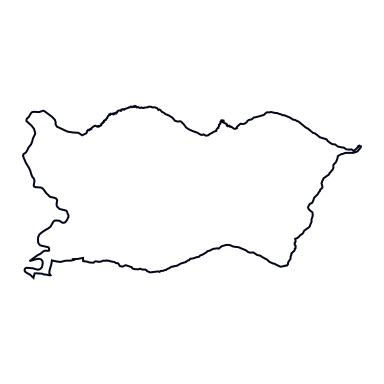 Belin, Covasna, Romania (Robinson projection)
{"feature_id": "2599482B25524840446073", "entity_name": "Belin", "entity_type": "district", "adm_level": 2, "iso_a3": "ROU", "parent_name": "Romania", "parent_adm1": "Covasna", "projection": "robinson", "projection_center": [25.628, 45.924], "detail": "fine", "context": "isolated", "style": "outline", "palette": "ink", "viewbox_px": 384, "rotation_deg": 0, "n_neighbors": 0, "source": "geoboundaries", "source_scale": "gbopen_adm2", "svg_char_len": 5968}
<svg xmlns="http://www.w3.org/2000/svg" viewBox="0 0 384 384"><path d="M288.0,264.2L288.0,263.1L288.6,261.6L290.5,258.9L290.6,256.8L291.4,254.4L291.3,253.7L291.7,253.0L292.3,252.8L292.7,252.1L294.1,251.0L294.9,249.7L294.8,248.6L295.6,248.0L295.6,245.6L294.8,244.9L294.6,243.1L294.7,242.7L295.1,242.6L295.6,241.4L295.2,238.8L297.2,238.1L298.5,237.1L300.5,235.0L302.1,234.1L303.1,232.9L304.2,230.7L309.2,227.1L309.9,226.0L310.3,224.6L311.5,222.0L311.5,219.5L312.6,216.3L312.7,215.3L312.6,212.9L312.2,212.1L310.5,210.9L308.8,209.2L308.1,207.8L308.1,207.0L309.6,204.1L312.2,202.8L313.6,199.7L314.1,197.8L317.6,194.4L318.7,192.4L319.9,191.0L320.2,189.7L321.2,188.9L322.4,187.5L322.2,185.6L321.5,183.2L322.0,182.1L322.2,181.0L323.0,179.9L323.4,178.4L328.7,174.7L329.2,174.1L329.4,173.2L330.2,172.5L332.7,169.5L333.4,167.7L333.3,165.9L333.5,164.8L336.1,161.9L337.6,157.9L337.7,156.5L338.2,155.9L341.4,154.1L342.7,153.9L345.4,152.9L352.3,152.9L354.7,152.5L356.8,151.7L357.7,151.1L359.7,148.7L361.0,146.8L360.9,146.3L360.2,146.3L359.5,145.6L358.6,145.9L358.0,146.4L358.1,146.9L357.8,147.3L354.5,150.4L353.5,150.8L351.6,149.4L349.3,149.6L347.0,149.4L346.0,149.2L343.7,147.5L341.6,147.4L337.8,146.5L335.0,144.4L332.4,144.2L330.3,143.0L327.7,141.0L326.9,139.7L326.4,139.3L319.7,137.2L316.7,134.6L314.7,133.3L313.0,132.9L307.9,128.5L306.8,128.2L305.1,127.0L298.6,121.6L297.1,121.1L295.0,119.9L293.2,119.7L289.8,117.5L284.4,115.3L282.3,115.1L280.9,114.3L278.5,113.7L277.1,113.0L275.6,113.1L271.0,112.0L269.3,112.4L267.0,112.3L265.5,113.3L264.3,114.6L262.7,115.3L255.1,117.4L254.0,117.4L251.6,119.4L248.7,120.0L247.3,121.1L247.2,121.6L246.2,122.6L244.7,123.6L243.4,124.0L240.4,123.8L237.5,126.3L236.7,127.4L236.9,128.1L235.4,128.8L234.2,128.8L231.1,126.7L230.2,126.9L229.8,126.0L229.5,125.7L228.5,125.9L227.8,126.3L227.4,126.2L226.7,125.1L227.1,124.6L227.0,124.4L225.3,123.3L224.4,123.1L223.6,122.5L222.6,122.2L222.6,121.6L223.7,121.1L223.5,120.5L221.4,120.3L220.4,121.9L220.5,123.0L220.3,123.8L219.0,124.7L219.1,125.9L218.3,127.2L218.4,127.8L217.6,128.2L216.7,129.2L216.4,129.8L216.3,130.9L213.6,131.8L211.9,133.0L209.8,134.0L208.2,135.3L206.1,135.7L203.4,134.4L202.3,134.9L201.1,134.8L199.5,134.1L197.9,132.9L192.5,131.0L188.8,129.3L186.3,127.7L183.7,124.2L180.9,121.5L180.3,121.3L177.4,121.5L175.0,120.8L172.3,117.6L168.9,115.5L165.3,114.0L163.9,112.8L161.7,111.7L160.7,110.4L159.5,109.5L158.4,110.0L157.3,108.3L154.8,107.3L152.3,107.4L151.2,106.8L148.6,106.7L147.9,107.2L144.3,107.7L143.8,108.0L143.3,107.8L142.1,107.9L141.3,107.5L140.3,107.9L139.0,107.7L138.0,107.0L136.6,107.4L136.3,107.2L136.0,106.4L135.4,106.1L134.8,106.8L134.1,107.1L133.8,107.0L133.7,106.3L132.0,107.2L131.0,106.5L129.6,107.5L128.6,107.4L128.3,107.8L124.9,109.0L124.4,109.5L124.1,109.2L123.6,109.5L123.0,109.1L122.6,109.2L122.2,109.7L121.3,109.7L121.2,110.6L120.9,110.9L119.7,110.4L118.0,110.8L117.3,111.5L117.2,112.5L115.9,112.6L115.4,113.0L115.5,113.5L114.3,113.2L114.2,114.1L113.7,114.4L113.2,114.4L112.4,113.7L111.4,114.0L110.4,113.7L110.1,114.1L110.4,114.6L110.1,114.9L109.1,114.7L109.0,115.3L107.9,116.2L107.2,118.1L106.8,118.2L106.5,118.9L105.7,119.4L105.8,119.9L104.0,120.7L104.1,121.8L103.1,122.1L102.8,123.1L102.1,123.2L101.7,124.1L100.9,124.4L101.2,125.3L99.7,126.1L99.3,126.0L99.0,126.4L98.5,126.0L98.1,126.0L97.9,126.6L97.5,126.4L97.0,126.6L95.5,125.7L94.9,125.8L92.7,127.0L91.6,128.1L91.3,129.0L90.4,128.9L90.3,129.6L89.7,129.6L89.1,130.2L88.5,129.8L88.2,129.8L87.9,130.4L87.1,131.0L86.8,132.4L86.4,133.2L82.2,135.3L78.4,132.8L73.0,132.5L67.5,131.6L57.6,127.0L57.0,126.7L55.5,124.1L55.7,122.3L54.8,119.7L51.9,116.7L44.1,110.9L43.2,110.7L39.1,112.1L33.7,111.8L32.0,112.2L30.9,113.3L28.7,117.0L26.7,118.8L26.4,121.0L31.7,125.8L34.1,129.0L35.2,133.1L34.9,134.5L33.0,138.3L32.1,141.8L31.1,144.3L28.4,147.8L27.2,150.4L26.3,151.9L25.8,152.6L23.5,154.1L23.0,155.5L23.7,157.7L25.8,162.7L29.0,168.0L30.3,170.8L31.3,174.4L32.6,177.3L33.8,178.5L34.5,180.9L33.7,185.8L34.0,186.5L35.3,187.1L40.6,187.5L42.1,188.1L43.3,189.1L46.4,193.3L50.0,196.8L54.7,197.9L56.2,198.6L57.2,200.2L56.6,203.7L56.7,205.6L57.2,206.7L59.4,208.9L66.1,210.6L66.6,211.0L67.0,211.6L67.7,213.9L68.5,215.3L68.4,216.9L67.4,219.2L66.0,221.4L64.7,222.6L62.6,222.8L59.2,220.7L56.0,220.5L54.5,220.7L53.6,221.3L50.4,226.8L48.1,228.5L45.0,230.2L41.3,232.8L39.3,234.6L38.2,237.2L38.0,238.8L38.1,242.3L38.6,243.5L39.9,245.1L41.1,245.6L48.2,247.2L48.8,247.7L49.2,249.8L49.1,250.5L48.7,250.8L45.0,250.7L43.2,251.5L40.4,253.8L37.5,255.3L29.5,261.1L37.3,258.9L39.2,258.8L40.9,259.3L42.1,260.5L42.5,261.3L42.7,263.6L42.0,267.0L40.4,268.9L38.3,269.7L36.9,269.5L32.8,268.3L26.4,267.8L25.5,268.3L24.8,269.0L24.6,270.7L25.3,271.9L27.3,273.2L30.0,274.6L33.5,277.9L34.6,273.4L36.1,273.3L42.1,273.7L44.1,274.5L46.3,274.6L49.3,275.3L50.5,275.2L49.4,273.5L49.3,272.7L49.6,270.2L51.4,264.0L51.9,260.4L57.2,261.6L60.6,261.9L65.7,260.7L71.0,260.6L73.8,259.9L73.3,259.1L77.9,258.9L83.0,257.9L83.2,261.1L86.8,261.6L89.7,262.5L93.6,262.7L94.8,261.6L95.8,261.3L99.2,261.9L101.6,261.4L103.3,260.6L105.1,260.8L106.3,260.4L107.0,260.8L108.6,260.6L110.3,261.3L114.6,262.1L115.9,263.1L117.7,263.1L118.6,263.9L119.7,265.9L121.9,266.6L122.9,266.5L125.3,265.3L126.4,265.4L131.4,267.1L131.9,267.5L132.1,268.1L133.8,269.1L138.6,269.3L140.0,268.7L142.7,269.6L145.0,269.5L146.7,270.4L147.0,271.1L150.2,272.4L158.2,271.4L159.5,271.9L160.7,271.0L163.2,270.8L164.4,270.2L166.0,270.0L167.2,269.0L169.4,268.1L171.8,266.6L172.9,266.7L174.1,266.2L176.8,265.8L180.9,263.5L185.6,262.1L187.6,260.6L189.0,260.2L190.2,258.8L193.7,258.3L196.2,257.3L198.9,256.8L200.3,255.4L202.9,254.5L206.5,252.2L207.5,251.2L209.8,250.6L213.1,248.9L217.4,248.3L218.6,248.7L221.8,246.2L226.4,244.9L229.6,245.0L233.4,246.6L238.4,247.2L245.7,250.2L248.4,252.2L250.2,252.6L253.4,252.5L257.2,255.0L260.3,255.7L262.8,257.4L267.0,259.6L269.2,261.7L270.4,262.3L273.3,263.6L274.3,263.7L279.9,266.5L281.0,266.7L284.9,265.9L285.1,265.6L286.9,265.6L288.0,264.2Z" fill="none" stroke="#020617" stroke-width="2"/></svg>